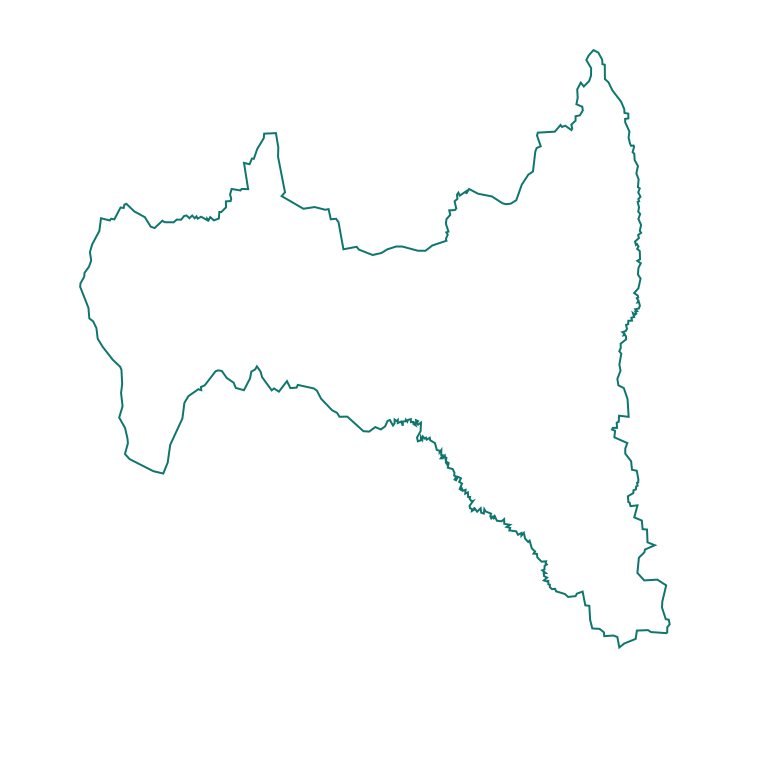 Na Bon, Nakhon Si Thammarat, Thailand, rotated 171°
{"feature_id": "78962969B4441489097555", "entity_name": "Na Bon", "entity_type": "district", "adm_level": 2, "iso_a3": "THA", "parent_name": "Thailand", "parent_adm1": "Nakhon Si Thammarat", "projection": "equal_earth", "projection_center": [99.547, 8.282], "detail": "fine", "context": "isolated", "style": "outline", "palette": "teal", "viewbox_px": 768, "rotation_deg": 171, "n_neighbors": 0, "source": "geoboundaries", "source_scale": "gbopen_adm2", "svg_char_len": 6154}
<svg xmlns="http://www.w3.org/2000/svg" viewBox="0 0 768 768"><g transform="rotate(171 384 384)"><path d="M246.5,152.3L238.2,148.3L235.5,144.9L228.0,144.5L226.2,146.8L220.3,147.9L219.8,133.9L215.9,132.8L217.3,118.6L216.5,110.0L209.4,108.4L205.6,104.3L205.9,100.5L196.8,99.7L193.1,97.6L192.8,87.0L187.3,90.1L175.3,92.9L172.8,100.9L161.8,99.6L159.0,97.2L144.3,93.8L143.2,94.3L142.2,99.5L139.4,102.0L139.6,106.6L142.5,107.7L144.4,119.6L143.2,125.4L136.8,141.0L144.6,148.0L157.7,149.3L163.3,157.8L159.4,172.6L153.2,177.0L152.1,179.7L141.7,182.4L148.5,186.4L147.0,199.1L151.3,200.2L150.7,208.8L157.7,213.1L152.6,224.5L159.6,224.8L160.0,228.5L161.1,229.1L160.7,234.9L154.8,237.3L154.2,240.0L151.7,240.5L151.0,243.3L149.5,243.8L149.5,246.8L148.3,247.1L147.7,249.9L147.9,258.8L152.5,260.5L152.0,269.0L156.6,277.5L155.8,282.5L152.9,287.6L164.8,295.3L163.1,301.7L165.9,303.4L164.8,304.9L160.7,304.2L160.2,309.4L158.1,309.9L156.8,315.9L147.5,313.3L145.8,331.0L147.8,342.5L152.7,346.0L152.7,352.6L148.3,360.2L148.5,366.4L144.9,376.8L146.5,379.6L144.5,382.6L144.0,386.8L137.9,390.2L137.5,393.1L138.3,394.8L139.8,394.6L138.7,396.3L140.4,397.9L136.9,398.5L135.4,400.5L135.7,404.5L133.5,404.9L132.8,408.2L129.1,407.8L129.3,410.8L126.5,411.0L127.0,415.0L125.2,413.2L123.8,414.0L124.5,416.3L122.6,416.4L124.0,418.5L120.5,418.7L119.0,421.3L119.4,424.9L120.9,424.9L119.6,426.6L120.9,429.2L119.4,429.8L119.5,431.6L122.7,434.7L117.8,438.7L114.1,448.0L116.1,452.5L114.5,458.9L111.5,463.1L114.5,466.0L111.6,467.1L110.6,475.3L112.8,477.8L111.1,479.9L112.3,482.7L113.4,482.0L113.8,485.4L109.4,488.3L109.7,491.4L106.4,493.1L107.4,495.2L105.2,500.9L106.9,507.2L104.4,511.9L105.9,514.4L104.5,518.7L105.0,524.1L103.4,524.6L103.9,526.8L101.4,528.8L102.9,533.6L100.8,537.2L102.4,538.7L100.5,546.3L101.8,552.6L99.1,559.5L101.4,566.0L100.8,572.3L102.2,574.1L99.9,579.1L100.2,580.5L102.7,580.6L103.4,583.0L103.9,589.0L102.1,594.8L104.8,604.7L104.4,608.1L101.1,608.1L100.4,612.8L104.1,614.1L103.7,617.8L105.6,625.6L112.5,638.3L115.1,646.9L118.1,650.6L116.0,664.8L118.2,665.7L117.8,670.3L120.5,677.8L124.9,681.0L130.5,676.4L133.5,672.3L130.0,663.6L131.3,656.2L133.9,651.2L140.1,646.6L142.5,650.9L147.1,644.7L147.9,636.4L150.2,630.2L144.8,626.8L144.8,623.2L148.5,618.7L152.9,618.5L153.6,614.1L158.4,610.9L158.1,606.9L159.2,605.5L164.5,610.7L168.0,610.1L169.1,612.2L175.8,606.5L192.8,608.2L194.0,605.4L192.0,594.3L196.3,593.2L198.2,589.9L203.6,570.6L208.7,568.2L216.7,559.4L224.6,544.8L230.6,542.3L235.3,542.5L238.6,543.9L248.1,552.4L261.3,557.2L269.5,563.3L273.0,559.0L272.5,561.6L279.7,558.2L280.6,561.3L282.3,559.5L282.5,555.4L285.7,553.4L285.2,546.0L286.8,544.7L292.4,545.3L292.1,540.7L296.5,537.1L297.8,532.6L296.5,524.4L298.7,524.0L297.7,521.5L300.1,517.8L299.9,515.7L314.5,513.3L322.2,509.1L329.6,510.3L344.4,516.9L350.4,517.9L359.6,516.5L366.0,513.8L375.1,513.2L387.8,520.7L389.5,523.8L403.0,523.4L403.6,551.0L405.5,554.7L410.8,555.0L411.4,565.4L414.8,565.3L424.8,569.6L436.2,569.7L455.7,585.6L451.8,588.8L453.1,625.0L451.4,634.2L451.5,648.7L463.2,650.0L464.3,645.6L472.5,635.9L477.3,626.8L479.2,627.3L482.4,622.1L487.7,624.3L487.7,597.7L494.2,598.9L495.5,597.6L504.0,600.5L506.4,595.2L505.9,590.8L506.9,588.7L511.6,589.1L512.4,583.2L517.8,579.3L519.7,579.7L521.2,573.3L526.4,572.2L529.5,576.0L531.6,573.2L532.7,574.9L532.9,573.4L538.4,577.8L542.2,576.5L543.0,578.9L545.0,577.3L547.1,580.4L550.3,578.2L552.7,581.3L555.1,581.2L558.7,578.0L563.0,578.8L566.5,576.6L575.3,578.1L577.4,579.9L586.2,573.9L589.8,575.9L594.1,586.2L603.6,593.5L610.3,602.3L612.4,601.7L613.6,598.6L616.6,599.5L624.6,588.8L627.7,589.9L629.2,588.4L637.6,592.0L641.2,579.7L650.3,567.7L653.8,560.4L653.9,551.7L657.1,545.9L662.4,540.7L663.3,536.8L668.0,531.0L668.9,527.6L664.0,505.4L664.8,494.9L661.5,491.4L659.3,484.2L659.7,473.5L656.0,464.6L648.0,450.2L641.9,442.3L641.1,439.1L642.6,424.9L645.1,416.3L645.7,402.9L650.8,392.3L646.6,381.0L645.9,370.2L646.2,365.6L650.8,355.4L647.0,349.6L625.5,334.0L616.0,330.1L609.9,340.3L604.7,357.3L588.5,381.5L584.1,396.6L579.1,402.6L568.1,407.9L565.5,406.5L565.2,409.7L561.3,410.7L548.4,422.9L545.6,423.4L542.2,422.3L538.3,414.5L532.3,408.8L531.0,403.3L523.3,399.8L515.4,410.5L513.1,417.0L509.0,418.5L506.8,421.3L504.0,415.6L503.3,409.8L495.9,395.3L493.3,396.8L489.0,392.9L479.4,402.0L477.1,394.6L470.9,394.1L469.3,396.6L454.0,390.6L451.3,387.9L448.5,379.4L439.4,366.2L434.9,362.9L433.1,358.6L425.3,357.5L411.7,340.6L406.1,339.3L399.4,342.8L394.2,339.6L389.5,342.0L386.3,346.9L383.8,347.5L381.6,341.6L379.7,343.5L379.1,347.2L377.2,345.4L376.0,346.3L376.5,343.3L373.0,344.2L371.9,339.8L371.4,344.0L368.7,343.8L368.0,345.3L366.9,343.1L365.9,344.8L363.0,345.1L363.4,342.1L361.0,342.0L361.2,339.9L359.2,338.2L359.7,340.9L358.0,341.3L358.0,343.2L356.2,342.0L357.8,340.1L356.7,338.5L353.5,340.1L355.2,331.8L359.8,325.9L359.5,322.1L356.4,322.6L355.8,325.8L354.8,323.0L353.8,326.0L352.2,323.7L350.9,324.4L350.5,322.4L347.2,323.7L347.1,321.1L342.9,317.7L342.2,310.7L339.6,309.4L339.8,307.8L337.7,309.9L338.6,305.0L337.2,304.5L339.6,301.7L337.5,301.4L335.1,303.7L335.0,300.1L333.7,302.2L335.2,296.9L334.3,294.8L333.4,296.6L332.5,295.9L334.1,291.4L329.4,289.2L328.3,285.2L329.0,282.6L327.1,281.3L329.2,278.6L327.9,277.6L325.5,280.8L322.7,278.8L325.1,275.6L322.5,273.5L325.7,268.4L324.3,267.2L323.5,268.8L322.8,266.2L320.0,266.7L320.9,263.0L318.1,263.8L318.6,259.3L316.7,259.0L317.4,257.3L315.7,254.3L314.2,254.6L318.6,250.2L318.4,247.8L316.5,246.6L317.1,244.8L314.4,245.8L314.4,248.0L312.0,243.3L308.0,246.2L308.1,241.6L305.7,240.4L304.5,244.6L303.5,242.2L298.5,239.2L299.7,236.9L299.1,234.6L297.9,235.9L296.3,233.3L296.6,235.8L295.4,236.6L293.9,231.3L289.5,230.0L286.5,231.7L287.1,227.1L281.6,225.2L285.2,223.6L281.9,222.1L283.1,219.8L276.5,217.8L275.2,214.1L271.6,215.3L272.0,212.7L269.2,215.1L268.8,209.2L266.3,205.4L264.7,206.5L263.7,198.5L261.0,195.0L262.8,193.1L259.5,192.3L259.7,188.8L256.2,183.9L251.6,183.5L252.4,181.7L251.4,180.3L253.8,179.4L254.5,175.7L256.8,175.2L253.9,172.0L255.8,172.2L256.0,169.3L253.2,167.2L256.8,165.0L252.9,163.0L252.4,164.8L253.0,160.5L251.6,159.8L252.0,157.5L250.2,155.1L247.0,154.9L246.5,152.3Z" fill="none" stroke="#0f766e" stroke-width="2"/></g></svg>